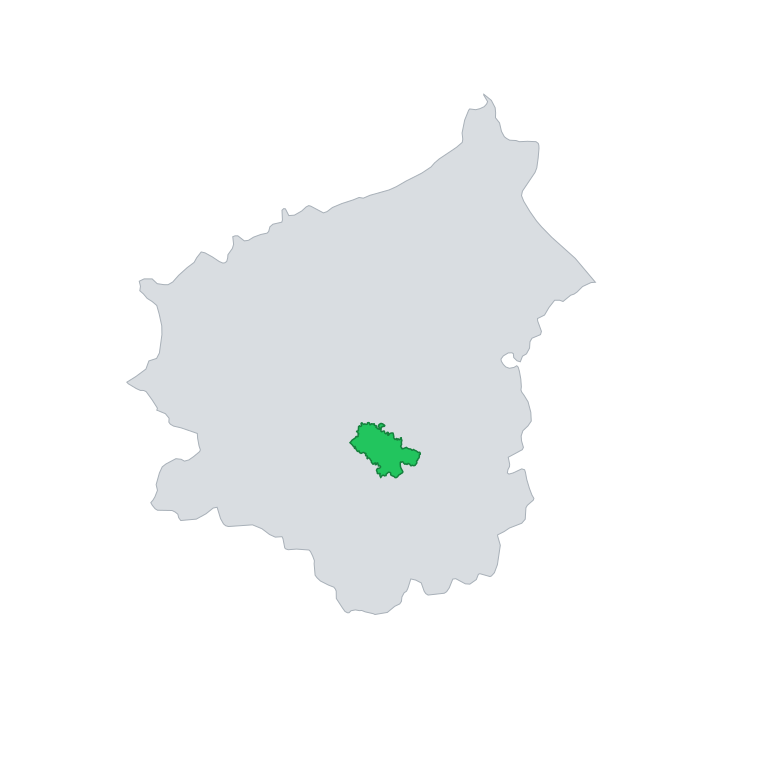 Barysaw, Minsk, Belarus (highlighted), rotated 147°
{"feature_id": "67162791B39606099444015", "entity_name": "Barysaw", "entity_type": "district", "adm_level": 2, "iso_a3": "BLR", "parent_name": "Belarus", "parent_adm1": "Minsk", "projection": "albers", "projection_center": [28.522, 54.3], "detail": "fine", "context": "in_parent", "style": "filled", "palette": "green", "viewbox_px": 768, "rotation_deg": 147, "n_neighbors": 0, "source": "geoboundaries", "source_scale": "gbopen_adm2", "svg_char_len": 9725}
<svg xmlns="http://www.w3.org/2000/svg" viewBox="0 0 768 768"><g transform="rotate(147 384 384)"><path d="M598.7,525.6L588.2,525.4L575.5,526.2L568.6,531.4L560.8,529.3L555.5,532.3L543.4,546.3L538.7,553.8L534.4,565.2L531.8,573.6L533.5,579.4L536.0,584.8L536.7,590.6L538.0,595.2L535.0,598.6L533.3,603.5L527.9,602.8L521.2,598.4L519.6,591.7L514.5,587.2L511.1,584.9L505.6,584.6L497.0,587.0L485.6,588.8L477.0,589.4L472.3,591.9L465.4,594.3L462.7,591.5L458.7,584.0L455.5,576.5L453.3,573.2L451.4,572.3L449.1,572.5L446.4,574.9L444.5,577.4L437.3,580.3L434.1,583.0L430.6,589.9L428.3,589.4L425.9,587.9L423.2,580.1L419.4,578.3L413.4,578.2L405.9,576.5L399.9,574.2L397.7,574.7L394.0,578.0L390.1,578.5L381.6,575.4L379.9,576.8L374.9,585.3L372.6,585.7L371.3,584.6L372.1,577.1L367.2,574.4L358.8,573.9L352.9,574.9L350.0,574.6L348.6,573.1L341.6,560.5L337.9,559.6L331.1,560.1L321.1,558.3L309.6,555.2L303.3,554.0L300.1,551.1L293.0,549.9L274.1,544.0L266.4,542.8L255.0,542.2L237.6,540.3L226.4,540.4L221.1,541.9L215.1,542.7L194.3,543.0L186.8,544.0L184.6,546.4L181.8,552.0L172.6,561.4L163.9,567.5L162.3,568.0L157.7,564.1L153.7,562.7L149.0,562.0L145.5,562.9L143.3,564.4L143.0,572.1L142.5,572.7L139.5,563.4L140.3,555.2L142.7,550.6L145.5,546.6L144.9,540.1L147.9,531.9L148.4,525.9L147.5,523.2L145.8,520.0L140.7,516.3L138.5,513.5L131.5,509.4L124.6,504.5L123.6,501.8L124.1,500.0L125.6,497.3L131.6,489.6L138.1,482.1L142.1,479.2L162.8,470.4L166.1,467.1L167.3,461.1L167.7,449.0L167.3,437.8L166.3,430.1L163.4,415.6L155.2,385.3L151.3,354.2L155.1,356.3L164.4,357.6L171.9,356.0L175.7,355.9L179.1,356.8L188.9,355.7L191.1,358.6L195.3,361.3L204.0,358.3L211.8,354.4L219.6,355.3L220.8,353.2L223.3,342.4L225.8,340.2L235.0,341.8L238.6,339.9L242.4,334.8L248.1,331.7L252.7,331.9L257.6,328.4L259.8,331.0L260.8,335.5L259.0,339.0L259.7,340.5L262.9,342.4L268.6,342.6L272.3,341.2L273.2,339.2L273.3,335.5L272.6,332.0L270.3,328.9L265.9,327.1L262.7,327.0L262.3,325.0L263.5,321.0L266.6,313.6L270.3,306.9L272.4,304.4L272.9,302.1L272.7,298.0L272.9,290.6L276.3,280.3L280.7,272.7L286.2,270.4L292.9,269.2L297.3,265.7L299.6,261.5L301.6,254.9L303.8,253.6L319.7,254.9L322.3,248.3L323.7,246.4L326.8,244.6L329.0,242.2L328.3,240.4L324.2,239.1L314.7,237.8L312.8,235.5L313.5,232.9L316.3,226.1L318.9,217.3L320.4,210.4L320.6,206.4L322.0,205.3L329.8,204.2L332.4,202.9L339.2,193.7L344.3,192.2L357.3,194.9L363.3,194.8L370.9,195.6L371.5,194.6L374.3,185.4L387.3,170.7L394.2,165.6L398.5,164.5L400.0,164.8L406.9,172.7L408.5,173.0L413.1,169.7L421.0,169.4L424.6,172.1L429.9,181.7L432.6,182.9L440.3,177.5L444.6,175.7L447.4,175.7L462.0,183.0L463.1,185.4L463.2,188.2L461.1,196.9L464.2,202.3L467.7,205.9L475.2,199.7L477.9,198.0L480.9,197.9L485.0,195.6L487.8,192.2L490.6,191.0L496.0,191.7L505.6,190.6L517.1,195.6L518.1,197.2L523.9,203.2L526.0,206.2L527.9,207.2L531.0,210.1L535.1,211.8L537.9,211.2L539.3,212.1L540.6,214.5L540.8,218.5L540.8,230.1L536.9,236.3L536.5,238.4L536.7,240.9L540.2,245.8L544.6,253.4L545.7,257.9L545.9,261.2L540.5,271.3L538.6,273.7L537.5,278.6L536.9,283.6L537.4,285.7L547.3,293.2L554.6,297.2L556.3,299.3L556.5,300.6L553.0,309.2L552.7,311.5L558.6,314.8L562.0,320.2L565.2,329.1L571.0,337.5L592.1,349.2L594.0,351.4L594.8,354.1L594.4,360.1L591.1,371.5L594.8,373.0L603.9,372.1L615.0,372.9L628.8,380.2L629.0,383.7L627.8,387.1L628.9,390.4L630.6,393.3L642.7,401.5L643.9,404.0L644.4,408.4L644.2,411.5L641.1,412.4L637.6,414.1L631.9,418.2L629.9,423.7L620.8,431.7L615.1,435.3L610.4,435.7L599.2,434.7L595.1,431.3L593.4,428.0L589.0,426.6L583.3,426.8L575.5,427.7L573.9,428.7L572.8,432.9L569.8,440.1L567.5,444.2L578.1,457.8L583.4,463.3L585.1,466.7L585.2,469.2L582.9,472.3L583.5,478.2L588.8,485.8L587.2,487.1L587.1,496.8L587.6,507.0L589.0,509.4L591.8,511.3L594.2,515.0L598.3,523.4L598.7,525.6Z" fill="#d9dde1" stroke="#a8b0b8" stroke-width="1"/><path d="M424.9,298.9L424.0,298.8L423.0,298.9L421.3,299.6L420.8,299.6L419.5,299.5L418.4,299.6L416.9,299.5L416.3,299.8L415.9,300.3L415.8,301.5L415.6,304.0L415.4,305.1L415.1,305.9L414.0,308.0L413.1,309.3L412.6,309.5L412.4,309.0L411.6,308.9L411.2,308.9L410.8,308.7L410.6,308.2L410.6,307.0L410.5,306.7L410.3,305.6L410.1,305.3L409.5,305.2L409.1,305.2L408.9,304.9L408.9,304.6L408.5,304.0L407.6,304.1L407.2,304.3L406.8,304.0L406.7,303.5L406.1,303.0L406.1,302.4L406.1,301.0L405.7,300.6L404.6,300.5L404.4,300.3L403.8,299.5L403.2,299.1L402.4,298.9L402.0,298.9L401.5,299.2L400.8,299.4L400.0,299.6L399.5,299.9L399.1,300.5L398.9,300.9L398.8,301.5L398.2,301.8L397.3,301.8L397.0,302.2L396.3,302.6L395.3,302.8L394.8,303.1L394.1,303.6L393.5,304.5L393.3,304.9L392.7,305.5L392.1,305.6L391.9,305.4L391.4,306.0L391.3,306.5L391.2,306.9L391.3,307.3L391.9,307.7L392.3,307.8L392.6,308.0L392.8,308.4L392.9,308.9L393.1,309.5L393.5,310.5L393.9,311.0L394.6,312.0L394.7,312.5L394.8,312.9L395.2,313.0L395.7,313.0L396.4,313.1L396.7,313.4L396.8,314.0L397.0,314.8L397.5,315.4L398.1,315.7L398.8,316.5L399.1,317.0L399.4,317.5L399.5,318.0L399.6,318.3L399.8,318.7L400.4,318.8L402.0,319.1L402.8,319.2L404.0,319.7L404.2,320.0L404.2,320.4L404.0,320.9L403.8,321.1L403.8,321.5L404.0,321.8L404.1,322.2L404.1,322.4L403.7,322.9L403.4,323.1L402.6,323.4L402.2,323.7L401.6,324.9L401.3,325.3L401.1,325.8L400.8,326.2L400.5,326.4L400.1,326.5L399.9,326.7L399.5,327.7L399.5,328.1L399.4,328.5L399.2,328.9L398.9,329.2L398.8,329.5L399.1,329.7L399.7,329.7L400.0,329.5L400.2,328.8L400.8,328.6L401.2,328.7L401.5,328.9L401.8,329.2L401.8,329.5L402.0,330.2L403.1,329.8L403.4,329.9L403.6,330.4L403.3,330.7L402.9,331.0L403.1,331.4L403.6,331.5L404.7,331.4L405.0,331.5L405.1,332.2L405.1,333.3L405.0,333.9L404.8,334.2L404.5,334.4L404.3,334.8L404.1,335.3L403.9,336.0L403.6,336.5L403.4,337.2L403.2,337.9L403.6,338.3L404.0,338.6L404.7,338.9L405.2,339.1L405.8,339.2L406.3,339.2L406.9,339.1L407.2,338.9L407.9,338.6L408.1,338.6L408.6,338.8L408.6,339.2L408.4,339.6L407.9,339.8L407.4,340.1L406.9,340.8L407.0,341.3L407.4,341.6L407.8,341.7L408.2,341.5L408.4,341.3L409.0,341.2L409.5,341.2L409.8,341.6L409.9,341.9L410.0,342.3L409.9,342.7L409.6,343.5L409.5,344.0L409.5,344.5L410.2,344.9L411.0,345.0L411.8,345.2L412.1,345.5L412.2,345.8L412.2,346.2L412.0,346.5L411.7,346.9L411.5,347.2L411.0,347.8L410.8,348.1L410.6,348.4L410.3,348.6L409.5,349.1L409.1,349.2L408.7,349.0L408.3,349.0L407.6,348.8L407.3,348.5L407.0,348.4L406.6,348.4L406.1,348.6L406.0,348.8L406.0,349.3L406.4,349.9L406.6,350.2L406.6,350.6L406.7,351.1L407.8,352.4L408.1,352.6L409.3,352.7L409.7,352.7L410.4,352.6L410.6,352.5L410.8,352.1L411.6,351.9L411.8,351.8L412.0,351.5L411.9,351.0L411.7,350.5L411.5,349.6L411.4,349.1L411.4,348.7L411.8,348.4L412.5,348.5L412.9,348.9L413.0,349.1L413.1,349.6L413.5,349.7L413.9,350.2L413.7,350.9L413.8,351.4L414.1,351.7L414.3,352.1L414.0,352.4L413.6,352.7L413.3,352.9L413.3,353.2L413.5,353.6L414.0,354.0L414.5,354.4L414.5,354.9L414.4,355.1L414.1,355.4L413.9,355.9L414.3,356.2L414.8,356.2L415.3,356.7L415.6,357.0L415.9,357.3L416.3,357.5L416.5,357.5L416.7,357.3L417.1,357.2L417.6,357.3L418.0,357.6L417.9,358.2L417.6,358.8L417.5,359.2L417.6,359.7L417.8,359.9L418.4,360.3L418.9,360.4L419.1,360.1L419.5,359.8L419.8,359.6L420.4,359.6L421.0,359.9L421.5,360.6L421.8,361.0L422.7,361.1L423.0,361.3L423.2,361.7L423.4,362.0L423.5,362.4L423.6,363.3L423.7,363.5L424.2,363.6L424.7,363.4L425.0,363.0L425.4,361.6L425.6,361.2L425.9,361.1L426.4,361.1L426.9,361.3L427.1,361.7L427.4,362.3L427.5,362.3L428.0,362.1L428.5,362.1L428.8,361.8L429.3,361.0L430.4,359.7L430.6,359.2L431.0,359.0L431.3,358.9L431.7,358.9L432.0,359.1L432.4,359.2L432.7,359.2L432.9,358.9L432.4,358.2L432.3,357.8L432.4,357.3L432.6,357.0L432.6,356.6L432.4,356.3L432.4,356.0L432.8,355.8L433.0,355.8L433.3,355.6L433.6,355.3L433.8,354.8L434.0,354.4L434.4,354.1L434.7,354.1L435.1,354.3L435.4,354.5L435.4,354.8L435.5,354.9L436.1,355.1L436.6,354.9L436.9,354.6L437.3,354.5L437.8,354.4L441.4,354.3L443.5,353.5L444.2,353.4L444.5,353.3L444.3,352.4L444.0,351.4L443.8,350.3L443.6,348.0L443.5,347.5L443.1,347.4L442.6,347.4L442.3,347.3L442.3,346.9L442.7,346.4L443.4,346.3L443.7,346.0L443.3,345.7L443.0,345.7L442.7,345.4L442.8,345.2L443.0,344.6L443.0,343.7L443.0,342.1L442.8,341.8L442.0,341.6L441.5,341.4L441.3,341.1L441.5,340.8L441.8,340.4L441.9,340.1L441.8,339.7L441.6,339.3L441.2,339.0L441.1,338.4L440.7,338.2L439.7,338.1L439.0,338.0L438.4,337.7L438.1,337.4L438.0,336.9L437.9,336.5L437.6,336.3L437.3,336.0L437.1,335.7L437.1,335.3L437.4,335.0L437.8,334.8L438.1,334.7L438.3,333.8L438.1,333.4L437.5,333.1L437.4,332.7L437.4,332.3L437.6,332.0L438.6,331.2L438.7,330.9L438.6,330.4L438.2,330.4L437.6,330.5L437.3,330.4L436.9,330.1L436.7,329.7L436.6,329.2L436.6,328.8L436.7,328.4L436.7,327.6L436.4,326.5L436.8,326.1L437.1,325.5L437.2,325.1L437.2,324.7L437.1,324.3L437.0,323.3L436.9,322.7L436.6,322.6L436.1,322.6L435.7,322.8L435.3,322.8L434.8,322.7L434.2,322.4L434.2,321.9L434.7,321.8L435.1,321.4L435.2,321.1L434.8,320.7L434.0,320.7L433.5,320.9L433.1,321.3L432.6,321.5L432.5,321.4L432.3,321.0L432.5,320.8L432.7,320.4L432.7,320.0L432.6,319.6L432.7,319.1L433.0,319.0L433.2,318.7L433.3,318.3L432.4,317.8L432.0,317.6L431.9,317.1L431.9,316.8L432.0,316.3L432.5,316.1L433.0,315.9L433.5,315.9L434.0,316.0L434.5,316.2L434.8,316.5L435.1,316.6L435.6,316.6L436.0,316.5L437.1,315.9L437.4,315.5L437.5,314.8L437.6,314.1L437.7,313.7L438.0,313.3L438.2,312.8L438.1,312.3L437.8,312.0L436.5,311.4L436.2,311.2L436.1,310.8L436.5,310.6L437.0,310.0L437.2,309.5L437.4,309.0L437.5,308.4L437.6,307.6L437.6,307.4L437.2,307.5L436.5,308.0L435.8,308.1L434.9,308.1L434.3,308.0L434.1,307.6L433.8,307.1L433.5,306.6L432.9,306.6L432.6,306.3L432.2,306.1L431.8,306.4L431.5,306.8L431.2,307.2L430.6,307.2L429.7,307.4L428.7,307.5L428.1,307.5L427.7,307.1L427.1,306.5L426.9,305.9L427.2,305.2L427.5,304.9L427.8,304.1L427.7,303.7L427.2,302.7L426.7,302.0L426.1,301.1L425.8,300.6L425.8,300.1L425.7,299.5L424.9,298.9Z" fill="#22c55e" stroke="#15803d" stroke-width="1.5"/></g></svg>